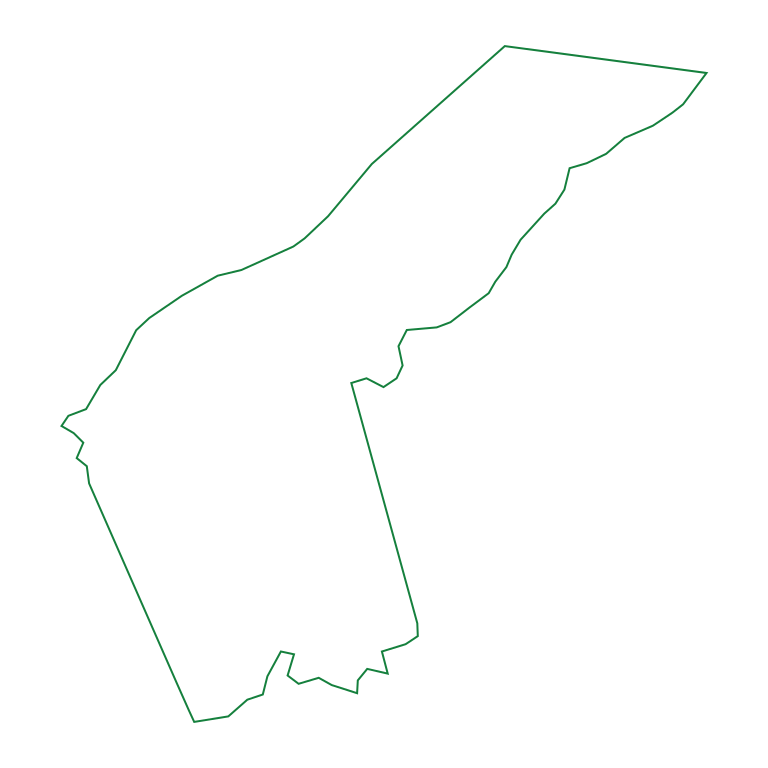 Taboleiro Grande, Rio Grande do Norte, Brazil (Robinson projection)
{"feature_id": "56859067B31995053212308", "entity_name": "Taboleiro Grande", "entity_type": "district", "adm_level": 2, "iso_a3": "BRA", "parent_name": "Brazil", "parent_adm1": "Rio Grande do Norte", "projection": "robinson", "projection_center": [-38.046, -5.936], "detail": "fine", "context": "isolated", "style": "outline", "palette": "green", "viewbox_px": 768, "rotation_deg": 0, "n_neighbors": 0, "source": "geoboundaries", "source_scale": "gbopen_adm2", "svg_char_len": 933}
<svg xmlns="http://www.w3.org/2000/svg" viewBox="0 0 768 768"><path d="M194.2,721.9L228.3,716.4L247.3,699.7L262.8,694.5L267.4,676.3L280.9,651.5L294.0,654.3L287.6,675.5L298.6,683.8L318.7,677.8L331.8,685.1L357.1,693.2L357.8,680.4L367.2,668.9L387.7,673.6L381.9,651.5L405.6,644.2L417.8,636.1L417.3,623.3L351.3,383.0L366.5,378.3L383.5,387.1L396.6,378.3L402.6,365.5L398.5,346.2L406.8,330.0L436.7,327.4L450.5,322.2L469.8,307.3L488.7,293.2L495.3,281.7L506.4,267.1L511.7,254.6L520.6,239.7L544.3,213.6L555.4,203.7L564.4,189.6L569.6,168.2L586.7,163.2L606.2,153.8L624.6,137.9L652.9,125.7L672.5,112.6L683.1,104.3L706.5,73.0L504.8,46.1L371.8,164.0L328.1,216.2L304.6,238.4L293.4,246.5L241.4,270.0L217.7,275.7L181.8,295.8L149.3,318.0L136.2,330.2L115.8,370.2L100.3,385.0L86.1,409.1L68.4,415.8L61.5,426.0L73.7,433.1L83.3,442.7L76.7,458.1L86.8,466.2L89.1,483.4L176.5,682.5L188.9,710.4L194.2,721.9Z" fill="none" stroke="#15803d" stroke-width="2"/></svg>